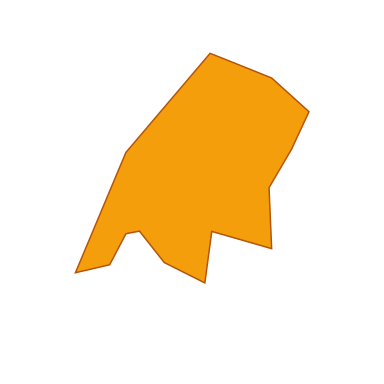 Serravalle, orthographic projection, rotated 320°
{"feature_id": "SMR-4886", "entity_name": "Serravalle", "entity_type": "state/province", "adm_level": 1, "iso_a3": "SMR", "parent_name": "San Marino", "parent_adm1": "", "projection": "orthographic", "projection_center": [12.461, 43.967], "detail": "fine", "context": "isolated", "style": "filled", "palette": "amber", "viewbox_px": 384, "rotation_deg": 320, "n_neighbors": 0, "source": "natural_earth", "source_scale": "10m", "svg_char_len": 347}
<svg xmlns="http://www.w3.org/2000/svg" viewBox="0 0 384 384"><g transform="rotate(320 192 192)"><path d="M295.0,97.4L326.3,155.9L333.2,205.7L295.8,223.2L253.8,238.2L216.6,286.6L181.8,234.9L143.4,269.9L125.4,228.2L126.6,188.2L114.6,181.5L82.2,194.8L50.8,178.9L166.8,119.2L295.0,97.4Z" fill="#f59e0b" stroke="#b45309" stroke-width="1.5"/></g></svg>